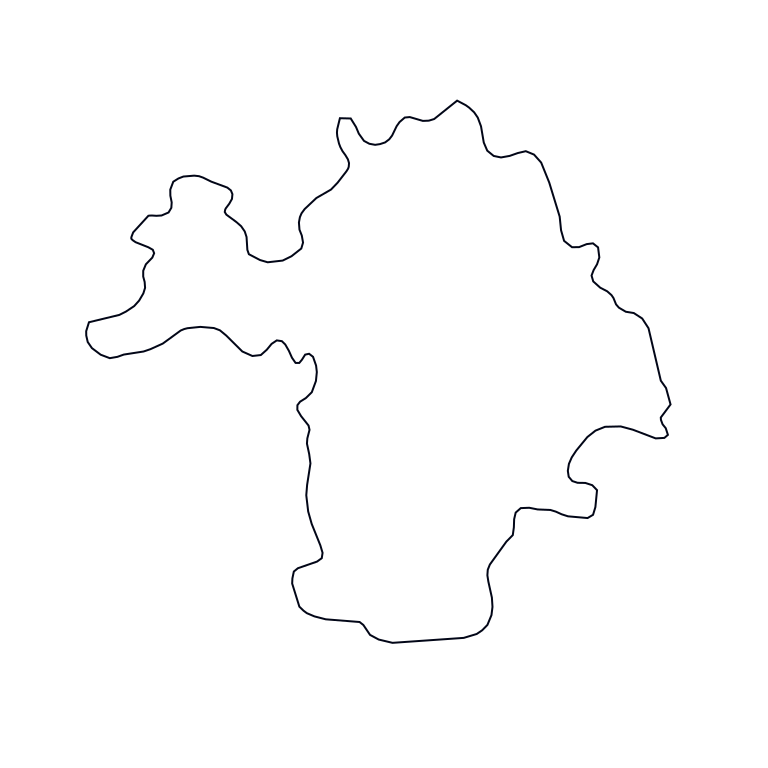 the border of Sétif, rotated 342°
{"feature_id": "DZA-2215", "entity_name": "Sétif", "entity_type": "Province", "adm_level": 1, "iso_a3": "DZA", "parent_name": "Algeria", "parent_adm1": "", "projection": "albers", "projection_center": [5.383, 36.112], "detail": "fine", "context": "isolated", "style": "outline", "palette": "ink", "viewbox_px": 768, "rotation_deg": 342, "n_neighbors": 0, "source": "natural_earth", "source_scale": "10m", "svg_char_len": 3286}
<svg xmlns="http://www.w3.org/2000/svg" viewBox="0 0 768 768"><g transform="rotate(342 384 384)"><path d="M138.9,275.8L131.2,274.7L123.6,268.6L117.3,259.6L115.2,252.5L115.8,245.9L117.1,241.7L122.5,234.1L153.6,236.5L160.9,235.4L170.5,232.7L176.9,229.0L183.1,223.5L186.5,218.7L187.9,213.0L188.2,207.4L190.0,201.9L194.5,196.6L202.7,192.2L205.8,188.6L205.6,184.9L202.1,181.1L191.6,172.4L189.6,169.8L188.7,168.2L188.7,167.1L189.4,165.9L192.3,162.3L211.9,151.2L213.1,151.4L215.5,152.1L219.5,153.7L224.5,155.0L232.1,154.3L236.2,150.7L238.2,145.7L239.0,138.9L240.8,133.1L246.1,126.5L252.0,125.0L257.3,124.7L267.9,127.2L272.3,129.2L275.7,131.8L282.3,138.2L295.7,148.8L298.2,152.6L298.5,156.6L296.6,161.0L292.6,164.7L287.9,168.0L286.9,169.0L285.7,171.2L286.4,174.2L293.6,184.3L296.9,189.8L298.7,195.9L298.7,201.7L295.5,214.2L295.6,218.8L304.4,227.8L311.0,232.3L325.8,235.3L335.5,233.9L347.2,229.6L350.7,224.5L351.7,217.4L351.3,211.1L353.0,204.1L355.6,199.3L358.3,196.2L362.6,193.1L377.2,186.2L393.7,182.7L402.1,178.2L414.0,170.1L416.4,168.1L417.6,166.5L419.0,163.1L419.1,159.2L418.0,154.4L416.5,149.8L415.7,145.3L415.5,141.4L416.1,134.0L416.9,130.5L418.2,127.3L424.2,117.6L434.4,121.2L436.8,130.9L437.4,138.1L440.1,146.6L444.3,151.0L449.5,153.8L454.3,154.6L459.7,154.6L464.6,152.9L468.5,150.2L475.7,142.7L479.7,139.7L486.1,137.0L491.0,138.1L502.3,145.8L508.0,147.4L513.6,147.5L541.1,137.1L547.9,144.1L550.4,147.5L553.7,153.5L555.5,159.6L555.9,168.9L553.5,185.2L554.3,194.0L558.8,201.0L565.3,204.7L574.0,205.9L582.6,205.7L590.8,206.4L597.6,212.2L601.9,222.0L603.4,243.5L602.8,279.1L599.9,292.5L599.5,303.5L605.1,312.0L611.8,314.1L620.0,313.6L626.2,314.8L629.8,320.2L627.9,330.2L623.6,336.0L618.6,340.4L614.9,345.0L614.7,351.1L619.4,359.2L624.9,364.8L627.8,369.7L628.8,373.1L629.3,380.0L631.0,384.0L636.3,390.0L643.5,393.7L649.8,401.5L652.8,412.7L648.3,466.4L651.0,475.0L650.2,492.0L636.9,501.4L636.3,503.7L636.5,508.4L638.3,513.1L638.3,520.1L634.0,521.9L625.6,519.7L606.6,504.4L596.0,497.5L581.0,493.0L570.7,493.7L561.0,497.3L546.3,506.7L539.9,511.8L535.2,517.1L532.0,523.4L531.0,529.3L533.1,534.5L537.6,537.8L544.9,540.3L550.8,544.6L553.8,550.8L547.0,566.4L542.4,573.0L536.2,574.4L518.1,566.7L512.7,562.8L508.0,558.5L503.3,555.2L491.4,550.8L483.9,546.6L475.7,544.3L469.5,547.0L466.0,552.8L463.2,560.5L459.8,567.5L451.7,571.7L428.9,588.4L425.3,592.7L423.2,597.9L422.2,604.1L420.6,620.5L418.3,629.5L414.8,637.0L407.9,645.1L401.2,648.6L394.9,650.4L381.4,650.1L312.1,632.8L300.0,625.4L293.2,618.3L289.9,606.8L287.2,602.8L255.9,589.8L246.0,583.5L239.8,578.1L237.4,574.7L234.7,569.6L235.0,545.4L236.8,540.6L240.3,534.5L245.2,532.6L265.5,532.2L271.0,530.4L273.4,525.6L273.6,517.8L272.0,494.7L272.5,481.8L275.7,465.8L279.7,456.2L289.5,436.8L291.2,427.5L292.3,416.9L294.3,412.0L299.0,404.6L299.4,400.2L295.2,388.9L293.6,381.8L295.1,377.4L298.7,374.9L305.4,373.2L312.8,369.5L320.2,360.1L323.8,351.9L325.1,345.5L324.9,336.2L322.1,332.1L318.1,331.7L313.4,335.6L309.9,337.8L306.4,336.6L304.6,330.6L303.8,323.1L302.3,315.9L300.1,311.7L295.5,309.4L289.5,311.1L283.1,315.2L275.8,318.4L267.5,316.7L259.3,309.3L248.9,289.1L244.5,282.2L239.5,278.2L226.9,272.9L214.3,270.2L211.0,270.0L207.2,270.3L186.1,277.2L172.6,278.7L165.4,278.8L145.6,275.6L138.9,275.8Z" fill="none" stroke="#020617" stroke-width="2"/></g></svg>